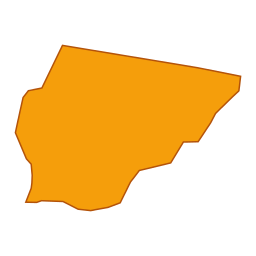 Zavxanmandal, Dzavhan, Mongolia
{"feature_id": "93677404B82656754241249", "entity_name": "Zavxanmandal", "entity_type": "district", "adm_level": 2, "iso_a3": "MNG", "parent_name": "Mongolia", "parent_adm1": "Dzavhan", "projection": "orthographic", "projection_center": [94.963, 48.138], "detail": "fine", "context": "isolated", "style": "filled", "palette": "amber", "viewbox_px": 256, "rotation_deg": 0, "n_neighbors": 0, "source": "geoboundaries", "source_scale": "gbopen_adm2", "svg_char_len": 869}
<svg xmlns="http://www.w3.org/2000/svg" viewBox="0 0 256 256"><path d="M197.3,67.7L62.5,45.4L61.6,47.2L61.3,47.9L61.2,48.2L61.1,48.3L60.8,48.9L60.7,49.1L57.8,55.1L57.7,55.3L41.9,88.0L28.4,90.7L25.6,94.3L23.1,97.5L19.9,111.9L18.3,119.4L18.2,119.6L15.4,132.7L26.4,158.8L31.2,164.2L32.2,175.3L31.9,183.0L31.2,188.3L25.8,202.2L36.6,202.4L41.5,200.7L63.0,201.5L78.1,209.2L90.7,210.6L93.9,210.0L94.0,210.0L94.1,209.9L99.1,209.0L108.0,207.4L120.2,202.8L121.9,199.3L125.0,193.0L125.1,192.9L128.8,185.3L130.6,181.8L134.2,177.2L139.3,170.5L139.6,170.4L170.7,162.9L183.4,142.0L185.6,142.0L198.1,141.7L201.8,136.2L205.8,130.1L205.9,129.9L209.6,124.4L210.7,122.7L215.5,113.5L221.5,107.5L221.7,107.4L228.3,100.9L228.5,100.7L232.1,97.2L232.3,97.0L238.8,90.9L238.9,90.7L239.1,88.8L239.5,85.8L240.0,81.3L240.6,76.3L197.3,67.7Z" fill="#f59e0b" stroke="#b45309" stroke-width="1.5"/></svg>